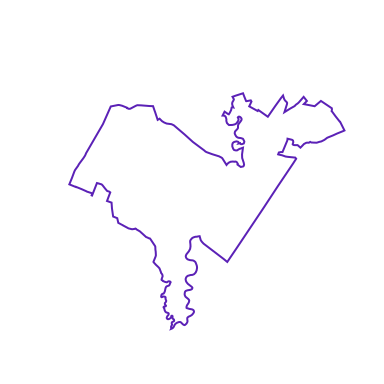 Chichis, Covasna, Romania (orthographic projection), rotated 293°
{"feature_id": "2599482B66417374459727", "entity_name": "Chichis", "entity_type": "district", "adm_level": 2, "iso_a3": "ROU", "parent_name": "Romania", "parent_adm1": "Covasna", "projection": "orthographic", "projection_center": [25.8, 45.769], "detail": "fine", "context": "isolated", "style": "outline", "palette": "violet", "viewbox_px": 384, "rotation_deg": 293, "n_neighbors": 0, "source": "geoboundaries", "source_scale": "gbopen_adm2", "svg_char_len": 5973}
<svg xmlns="http://www.w3.org/2000/svg" viewBox="0 0 384 384"><g transform="rotate(293 192 192)"><path d="M323.7,288.0L326.2,275.1L318.9,271.4L316.6,260.6L320.7,262.2L323.2,257.6L316.4,255.4L315.0,254.8L312.9,253.5L311.2,252.9L307.3,249.9L301.6,245.9L309.9,245.1L311.1,244.8L311.6,244.3L312.6,241.9L313.1,241.1L313.9,240.2L316.4,238.1L313.2,237.2L303.9,235.1L290.9,232.4L293.4,221.0L292.2,220.8L293.2,211.2L298.5,211.4L299.3,210.3L296.9,206.7L296.8,206.3L300.1,203.0L302.8,200.4L297.8,194.6L295.5,192.1L293.7,194.3L292.5,194.4L290.3,194.1L288.8,194.5L287.5,195.4L286.0,197.0L285.8,195.9L285.3,195.5L282.6,196.0L279.5,195.8L277.9,195.5L277.9,194.5L278.7,190.6L274.3,190.3L274.7,191.4L274.9,192.3L274.6,193.1L274.2,193.8L272.5,195.2L270.9,195.8L270.0,196.5L269.1,197.3L268.3,199.2L268.1,199.9L268.7,201.3L269.6,203.1L270.9,204.9L272.3,206.0L274.3,206.5L275.7,206.7L276.7,206.6L277.8,206.0L278.4,205.1L279.1,205.2L279.7,205.7L279.9,206.4L279.8,207.3L279.4,208.2L279.0,208.8L278.4,209.2L277.6,209.4L276.2,209.2L272.6,208.3L271.6,208.3L270.6,208.6L269.2,209.2L268.5,209.3L267.6,209.1L264.6,208.0L263.6,208.1L262.5,208.5L261.7,209.3L260.6,210.7L260.3,211.3L260.1,212.0L260.0,213.4L260.7,215.8L260.9,217.9L260.7,218.4L259.0,220.4L258.3,220.6L256.9,220.7L255.5,219.2L255.2,218.4L255.3,217.3L255.7,217.1L254.9,216.0L255.3,216.1L255.6,216.1L256.2,214.9L256.2,214.6L256.0,213.2L255.0,211.8L254.1,210.9L253.0,210.4L251.6,210.5L249.7,211.3L247.9,213.0L247.1,214.4L247.4,216.1L247.9,217.2L250.3,218.9L250.7,219.5L252.7,221.6L246.1,223.4L242.9,224.9L239.0,228.3L237.4,229.3L236.2,229.4L235.5,229.1L234.1,227.1L235.0,223.2L235.8,223.2L236.9,221.7L237.1,220.8L236.9,219.8L236.5,219.4L236.0,217.7L234.9,215.7L233.4,214.4L231.8,213.6L230.4,213.2L234.5,207.3L235.0,206.5L235.2,205.6L235.4,202.9L234.7,195.9L234.4,190.2L234.4,189.6L234.5,188.6L235.1,186.8L238.4,173.3L242.1,162.6L246.3,149.2L246.4,146.6L245.1,141.9L245.1,139.2L245.5,136.7L246.8,133.5L245.0,132.2L251.5,126.5L252.1,125.9L252.9,125.2L255.8,122.6L254.6,119.5L251.9,111.4L250.6,107.9L250.3,107.5L249.4,106.6L244.6,102.7L243.9,101.5L243.8,99.5L244.2,99.4L244.1,94.0L243.7,91.3L243.3,90.1L239.0,83.8L219.7,83.5L186.0,79.3L185.2,79.4L183.5,79.3L180.7,78.8L175.8,77.6L173.2,77.0L171.6,76.9L166.7,75.8L165.0,75.7L158.2,76.0L151.1,76.1L151.2,83.1L151.4,83.1L151.5,89.3L151.4,94.3L151.3,95.1L151.8,100.8L149.7,100.9L149.7,101.4L163.1,101.0L163.7,105.8L163.2,107.1L161.2,110.7L159.8,113.5L160.0,115.7L159.7,116.9L150.5,117.3L150.8,122.1L145.5,124.8L138.6,129.0L138.7,133.4L134.8,136.2L133.7,147.8L134.3,151.4L135.6,153.6L136.2,154.1L136.2,154.4L136.2,154.9L135.9,155.4L135.4,159.4L132.6,167.4L132.7,169.1L132.5,170.0L132.8,171.3L132.3,172.3L127.9,179.0L127.3,179.6L124.7,180.8L122.9,181.9L119.6,183.5L118.4,183.7L112.7,183.8L112.4,184.0L110.9,187.2L109.8,190.2L109.0,191.9L106.0,194.8L105.6,195.1L105.4,195.2L105.0,196.0L104.4,196.9L103.3,197.7L102.8,197.9L99.8,198.1L99.5,198.2L99.1,198.5L99.0,199.8L98.7,200.0L98.7,200.9L98.7,202.5L98.9,203.3L98.9,203.6L99.1,204.2L100.2,204.9L100.8,205.6L101.0,206.8L100.8,207.4L100.5,207.6L99.6,207.5L97.9,207.6L97.0,207.4L96.3,206.7L95.2,205.5L94.3,205.2L93.1,205.2L90.0,205.8L88.4,205.8L87.3,205.5L86.9,204.8L86.4,204.4L85.3,204.1L83.9,204.4L83.6,204.5L83.3,204.9L83.3,205.2L83.6,205.6L84.5,206.3L84.8,206.8L84.9,207.8L85.0,208.0L84.8,208.7L84.2,209.1L83.9,209.1L83.0,209.6L81.9,210.7L81.3,210.9L80.6,210.9L79.3,210.5L78.9,210.5L78.3,210.8L77.8,211.2L77.4,212.2L77.1,212.5L76.5,212.4L76.3,212.2L75.4,210.9L75.1,210.8L74.7,210.9L73.8,212.1L72.5,213.0L71.4,214.3L71.1,215.3L71.3,217.4L71.2,217.8L70.9,218.1L70.2,218.3L69.5,218.3L68.0,217.8L66.6,217.8L66.1,218.0L65.7,218.4L65.6,218.7L65.5,219.3L65.8,220.1L66.5,220.8L68.1,221.8L69.7,221.4L70.0,221.5L70.3,221.9L70.2,222.3L70.1,222.6L68.4,223.3L67.9,223.8L67.6,225.1L67.3,225.4L66.7,225.8L66.3,225.9L65.7,225.7L65.2,225.1L64.1,224.4L63.3,224.6L62.6,225.0L62.3,225.4L61.2,225.5L60.2,225.3L59.4,225.5L59.0,225.8L59.0,226.0L58.5,226.2L57.8,226.2L58.5,226.9L59.1,227.3L60.2,227.8L63.3,228.0L64.6,228.5L65.9,229.4L67.1,230.7L67.7,231.8L67.7,232.4L67.6,233.0L66.7,235.1L66.5,236.1L66.5,236.8L66.6,237.2L66.9,237.5L68.6,238.3L69.9,238.5L70.6,238.5L71.5,238.3L72.2,237.8L73.6,237.1L74.3,236.9L74.8,237.0L75.8,237.5L77.3,238.9L78.7,239.9L80.8,240.6L82.2,240.7L83.0,240.4L83.4,240.0L83.8,239.5L84.0,238.4L83.9,237.5L83.3,235.0L83.3,234.1L83.1,233.0L83.1,232.5L83.2,232.2L84.2,231.8L85.0,231.7L86.0,231.7L87.9,232.1L89.4,232.2L90.9,231.9L91.4,231.5L92.0,230.5L93.0,227.1L93.4,226.5L94.3,225.6L95.1,225.1L97.0,224.6L97.7,224.6L98.5,224.9L99.7,226.2L101.3,228.7L102.1,229.5L102.8,229.9L103.5,229.9L104.1,229.7L104.6,228.8L105.8,224.2L106.2,223.4L106.8,222.3L107.6,221.3L109.0,220.3L109.6,220.1L110.9,220.0L112.0,220.2L113.2,220.9L115.0,223.1L115.9,224.8L116.8,225.7L117.3,226.1L119.5,226.9L119.9,226.8L121.5,226.9L124.1,226.3L125.3,225.7L126.3,225.0L128.6,222.8L129.0,222.1L129.3,220.9L129.4,220.2L129.3,219.3L128.5,216.8L128.4,215.8L128.3,214.7L128.4,214.0L128.7,213.1L129.2,212.3L130.0,211.6L130.6,211.3L131.3,211.2L132.4,211.2L136.3,212.3L138.9,212.5L141.3,211.9L143.2,211.0L145.3,209.8L146.4,209.4L147.7,209.5L149.9,210.3L151.0,211.3L152.1,212.6L152.8,214.0L153.6,215.1L154.3,216.3L151.4,218.6L150.9,219.1L149.9,220.8L149.0,222.8L142.7,247.4L141.4,251.8L157.1,254.9L204.3,263.9L231.2,268.8L257.6,273.9L263.3,274.9L264.0,273.6L261.8,266.5L261.2,264.2L261.0,260.6L260.4,257.5L260.3,256.6L262.3,256.5L263.5,258.2L264.1,259.7L276.8,259.6L278.4,259.1L279.1,263.4L279.1,264.1L278.8,264.9L278.1,265.4L277.3,265.8L275.3,266.0L275.0,266.6L275.0,267.3L275.2,268.0L276.1,270.1L276.4,270.9L275.2,274.5L277.7,275.5L279.9,276.3L281.8,277.8L282.3,278.5L282.6,279.1L283.0,280.3L284.3,281.2L284.2,282.0L284.3,282.8L286.0,287.3L286.4,287.9L287.8,289.5L289.1,291.3L291.7,293.5L294.8,295.3L299.1,299.6L302.5,302.7L307.1,307.3L308.2,308.3L314.5,300.9L314.4,300.7L317.8,294.5L320.6,289.8L321.0,288.9L322.3,288.7L323.7,288.0Z" fill="none" stroke="#5b21b6" stroke-width="2"/></g></svg>